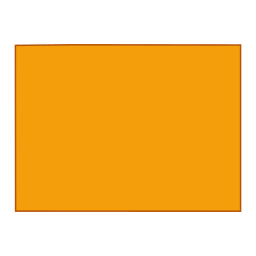 Watonwan, Minnesota, United States of America
{"feature_id": "52423323B41249813218909", "entity_name": "Watonwan", "entity_type": "district", "adm_level": 2, "iso_a3": "USA", "parent_name": "United States of America", "parent_adm1": "Minnesota", "projection": "mercator", "projection_center": [-94.66, 43.978], "detail": "fine", "context": "isolated", "style": "filled", "palette": "amber", "viewbox_px": 256, "rotation_deg": 0, "n_neighbors": 0, "source": "geoboundaries", "source_scale": "gbopen_adm2", "svg_char_len": 219}
<svg xmlns="http://www.w3.org/2000/svg" viewBox="0 0 256 256"><path d="M15.4,45.4L15.6,211.1L17.8,211.1L240.6,211.2L240.6,155.8L240.6,45.0L71.1,44.8L15.4,45.4Z" fill="#f59e0b" stroke="#b45309" stroke-width="1.5"/></svg>